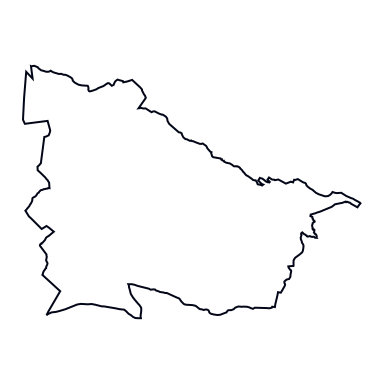 outline of San Nicolás de los Ranchos, Puebla, Mexico
{"feature_id": "50627088B88938023888271", "entity_name": "San Nicolás de los Ranchos", "entity_type": "district", "adm_level": 2, "iso_a3": "MEX", "parent_name": "Mexico", "parent_adm1": "Puebla", "projection": "albers", "projection_center": [-98.533, 19.087], "detail": "fine", "context": "isolated", "style": "outline", "palette": "ink", "viewbox_px": 384, "rotation_deg": 0, "n_neighbors": 0, "source": "geoboundaries", "source_scale": "gbopen_adm2", "svg_char_len": 5919}
<svg xmlns="http://www.w3.org/2000/svg" viewBox="0 0 384 384"><path d="M25.4,210.7L28.9,216.4L30.9,218.2L41.7,229.0L46.5,226.0L49.1,227.8L53.8,231.7L48.4,236.2L47.6,236.5L46.1,237.7L44.9,240.1L42.5,242.8L41.8,243.0L41.5,243.2L41.5,243.8L40.7,244.0L40.1,244.5L39.9,245.7L46.5,254.5L46.4,255.3L46.8,256.9L46.2,259.7L46.2,260.7L47.5,263.1L47.2,264.7L46.5,266.0L46.2,267.0L46.1,268.2L45.6,268.4L44.8,269.8L43.8,271.0L43.1,272.7L42.9,273.4L42.9,274.1L42.4,274.9L60.2,291.2L48.3,311.6L46.5,315.2L47.9,314.1L51.6,312.4L55.9,311.9L58.8,311.2L65.2,309.3L77.2,304.5L80.9,303.9L87.8,304.3L91.5,304.0L95.2,304.7L101.5,306.3L104.7,306.5L116.0,308.4L119.1,309.1L124.3,309.7L126.6,311.7L127.4,312.6L128.9,314.0L130.9,315.1L133.0,316.9L135.3,318.0L138.0,318.2L140.9,318.2L140.6,316.3L140.7,314.8L141.1,312.1L141.3,309.3L141.1,307.6L139.6,305.3L138.1,303.7L134.3,299.2L132.6,296.9L130.8,293.9L129.6,289.1L129.0,287.3L128.9,285.4L128.3,284.2L131.7,284.2L133.3,284.5L135.2,285.0L137.6,285.9L148.9,288.7L150.6,289.7L153.1,289.4L155.0,289.5L156.0,290.5L158.6,291.3L160.0,292.0L163.7,292.5L165.0,293.0L166.8,293.0L176.7,297.5L178.7,298.2L179.5,298.8L181.2,301.3L183.3,303.5L184.2,304.2L185.9,304.7L192.4,305.1L194.8,305.6L196.0,306.1L199.2,308.7L200.1,309.2L201.0,309.2L202.6,309.6L203.8,310.0L204.8,309.6L206.5,309.5L207.8,309.9L208.7,310.6L209.4,312.6L210.2,313.3L211.4,313.9L214.5,314.6L217.3,315.0L220.1,314.8L225.6,312.7L226.4,312.5L227.2,311.2L228.3,310.2L231.4,310.1L233.8,309.1L235.2,307.7L237.6,306.7L238.7,306.5L242.0,306.8L243.4,306.6L247.2,306.8L249.1,307.3L251.0,308.2L253.0,308.8L254.9,307.7L267.4,308.1L269.2,308.3L271.8,307.7L272.2,306.7L274.9,307.1L275.4,303.8L277.5,295.1L278.0,292.2L280.8,292.7L282.2,290.4L284.8,285.8L285.1,284.3L284.4,282.9L284.4,281.5L286.5,279.6L289.2,278.9L290.4,276.6L290.5,274.8L291.2,271.2L291.0,270.3L290.3,269.9L289.8,269.3L288.5,267.3L288.3,266.4L290.8,266.1L293.4,266.0L293.6,264.8L293.5,263.5L293.6,260.3L295.1,257.8L299.5,254.6L302.2,252.3L302.9,250.6L303.4,247.7L303.5,245.5L303.0,244.2L302.1,242.9L301.6,241.0L300.9,239.3L300.7,237.6L301.5,235.1L301.1,234.3L301.1,233.9L301.3,233.2L302.3,232.4L302.4,232.5L303.2,233.2L303.4,233.7L305.2,234.6L305.4,234.9L306.7,235.6L306.8,236.2L307.1,236.4L307.9,236.6L309.9,236.1L310.3,236.2L311.0,236.7L312.5,236.9L313.2,236.7L314.0,236.8L315.1,237.8L315.8,237.7L316.7,237.8L316.5,237.4L316.7,236.5L316.7,235.9L316.4,235.3L315.9,234.4L315.4,234.0L314.8,233.8L314.5,233.0L313.9,232.6L314.3,231.3L314.4,229.9L314.3,229.6L313.8,229.5L313.2,229.8L312.9,229.6L312.6,229.1L312.5,228.7L312.8,228.2L312.3,226.9L312.1,225.6L312.2,224.9L312.6,224.1L312.6,223.2L313.0,222.8L314.5,221.9L314.7,221.6L314.5,221.0L314.3,220.8L314.0,220.6L313.4,220.4L313.1,219.1L312.6,218.8L312.4,217.7L312.4,217.0L310.4,216.1L310.5,215.4L310.8,215.0L310.8,214.5L312.2,214.2L313.9,213.6L314.7,213.5L317.8,212.3L319.7,211.8L331.8,206.8L335.0,204.3L340.3,203.2L342.2,202.9L344.7,201.9L345.7,201.6L346.1,202.2L347.3,201.8L348.2,202.2L348.6,202.3L349.0,202.6L349.7,202.6L350.0,202.9L350.6,203.2L351.2,203.9L351.7,204.1L357.4,207.3L359.0,205.1L361.0,202.7L360.4,203.0L357.7,201.4L355.4,200.2L353.0,198.7L351.1,198.1L346.3,196.0L343.1,194.0L341.3,192.8L336.8,193.1L334.9,192.8L332.5,192.0L331.5,193.5L329.9,195.0L328.0,196.1L324.9,196.3L318.6,194.2L315.8,192.7L312.6,189.9L309.8,188.3L307.5,186.5L306.5,185.3L305.8,183.5L304.9,182.8L304.1,182.7L302.9,182.2L297.8,179.1L295.1,180.0L294.1,179.8L293.1,182.4L290.9,181.7L285.9,183.6L278.3,179.5L274.9,180.2L274.2,179.7L272.9,179.7L271.8,179.4L269.0,177.5L267.5,179.7L269.8,181.9L269.2,182.5L268.2,181.8L267.7,182.2L266.1,181.6L263.2,179.2L261.8,178.4L260.4,178.2L259.9,177.9L258.3,180.4L259.5,181.8L261.1,183.4L262.3,184.3L263.2,184.6L262.1,185.5L260.2,184.7L258.4,184.5L257.7,184.3L256.9,182.2L255.6,180.3L254.3,180.3L252.9,179.9L251.5,178.6L248.2,176.3L246.2,175.2L245.0,173.9L244.2,172.8L243.5,172.2L243.4,171.9L242.8,171.5L242.4,170.6L241.3,169.4L240.3,168.6L239.9,167.8L239.2,167.3L238.7,166.8L237.9,166.7L237.6,166.4L237.2,166.3L236.4,166.4L236.1,166.2L235.6,166.2L235.0,166.4L233.8,166.2L231.8,164.6L229.7,163.4L226.2,162.7L225.3,162.2L224.3,161.8L224.1,161.6L223.9,160.9L223.6,161.0L221.7,159.9L221.8,159.3L221.2,159.3L220.9,159.0L220.5,158.4L220.0,158.4L213.3,157.2L212.2,156.4L211.2,153.2L211.5,152.2L210.4,151.8L207.4,148.4L206.7,146.8L206.1,145.9L202.7,143.5L201.3,143.9L200.0,143.9L195.9,142.4L193.1,141.2L191.9,141.1L191.2,140.5L190.1,140.9L187.8,139.8L187.2,139.4L185.3,139.0L183.4,137.4L181.9,134.5L181.7,133.4L180.4,132.5L178.8,132.3L169.3,124.0L167.6,121.1L167.1,118.3L165.8,116.6L162.7,114.6L161.9,114.7L159.5,113.8L157.6,112.9L154.8,111.4L153.2,111.4L151.5,112.2L145.6,108.4L143.2,108.5L141.2,107.9L138.5,108.3L145.0,99.1L145.8,97.8L145.0,95.7L143.9,94.2L142.0,90.4L142.0,89.5L140.3,87.5L132.1,79.9L127.6,81.4L123.3,82.3L122.9,81.1L119.1,80.1L117.5,79.6L115.4,81.2L114.5,82.7L113.6,84.9L111.8,85.8L109.3,83.4L108.0,83.1L106.5,83.9L103.4,86.1L98.4,88.0L96.4,89.3L92.5,90.7L89.9,91.4L89.0,91.1L88.3,89.7L88.5,88.4L88.3,87.1L88.1,86.3L87.7,85.8L81.9,85.4L78.5,84.7L74.7,82.6L72.8,80.7L72.5,79.2L71.6,78.0L69.9,76.9L67.5,75.6L65.4,74.8L63.4,74.7L61.2,73.8L59.0,74.0L53.6,72.4L51.8,71.5L50.7,70.7L49.9,71.2L49.0,71.6L47.7,71.8L45.6,71.6L43.6,70.9L41.2,70.3L38.5,68.3L37.7,67.2L34.2,65.8L31.2,66.3L31.0,66.2L32.6,78.6L26.2,71.8L24.1,97.7L23.0,119.6L23.5,120.9L24.9,123.8L47.6,120.9L50.0,129.6L50.2,130.7L49.8,132.5L48.7,135.3L46.0,136.6L44.3,137.0L41.0,162.2L40.8,163.4L40.1,164.0L39.5,164.9L37.5,166.7L37.7,170.3L40.4,172.7L45.3,177.5L46.4,179.0L47.6,180.2L49.1,182.7L49.5,188.1L48.8,187.9L48.2,188.0L47.8,188.5L46.1,188.7L45.3,189.0L43.5,189.2L42.9,189.7L40.8,190.2L40.2,190.8L39.3,191.6L38.8,192.6L38.1,193.0L37.5,193.4L36.7,194.8L35.8,196.0L35.0,196.6L32.8,197.8L32.4,198.4L32.3,200.3L31.8,201.8L30.7,203.8L29.9,204.8L29.4,206.0L28.4,207.2L27.0,208.8L26.4,209.7L25.4,210.7Z" fill="none" stroke="#020617" stroke-width="2"/></svg>